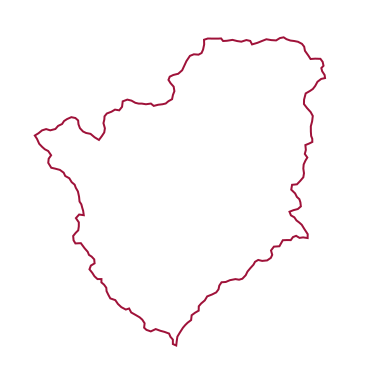 Lagoa Dourada, Minas Gerais, Brazil, rotated 82°
{"feature_id": "56859067B55237530042730", "entity_name": "Lagoa Dourada", "entity_type": "district", "adm_level": 2, "iso_a3": "BRA", "parent_name": "Brazil", "parent_adm1": "Minas Gerais", "projection": "orthographic", "projection_center": [-44.076, -20.895], "detail": "fine", "context": "isolated", "style": "outline", "palette": "rose", "viewbox_px": 384, "rotation_deg": 82, "n_neighbors": 0, "source": "geoboundaries", "source_scale": "gbopen_adm2", "svg_char_len": 3205}
<svg xmlns="http://www.w3.org/2000/svg" viewBox="0 0 384 384"><g transform="rotate(82 192 192)"><path d="M341.8,229.0L337.3,227.8L333.2,226.6L329.4,223.5L325.1,219.8L322.8,217.2L320.8,214.5L318.7,210.7L314.0,209.5L312.0,205.8L310.4,201.9L306.1,201.2L303.7,198.5L301.1,194.4L297.5,191.5L296.3,186.5L294.8,182.0L292.1,179.3L288.5,178.0L285.5,175.3L285.8,171.1L284.6,166.7L284.3,161.1L285.4,157.6L284.9,154.2L281.9,150.4L278.5,148.1L275.5,144.8L272.5,141.2L269.9,139.3L268.5,135.9L270.0,132.1L270.2,127.1L268.2,123.1L265.4,121.3L260.9,121.9L257.5,118.5L257.9,113.0L255.4,111.1L252.4,108.8L252.8,104.6L253.4,100.9L250.7,98.3L249.9,95.0L252.4,91.9L252.4,88.3L253.7,83.9L249.8,83.3L244.5,85.8L239.7,87.9L237.1,90.1L234.7,92.5L231.3,94.2L228.9,97.3L225.1,98.2L224.1,94.0L223.6,89.6L221.4,86.2L217.3,86.1L214.0,86.7L211.5,88.8L207.7,90.1L203.5,93.4L198.8,91.9L199.0,87.0L196.1,83.3L192.9,79.7L189.0,78.5L184.3,78.5L180.3,77.6L176.7,75.3L173.9,73.0L170.0,75.0L166.2,73.4L161.3,73.2L160.3,69.2L159.2,65.9L156.1,65.5L153.1,66.2L148.8,65.9L143.5,65.2L138.7,63.2L133.5,61.8L129.3,63.4L124.9,66.4L120.5,68.9L116.2,68.2L110.2,65.7L108.3,61.0L106.8,58.0L104.2,55.3L100.3,52.4L98.0,48.3L97.7,44.4L94.6,44.4L90.5,46.3L87.3,46.7L85.3,44.2L81.3,44.5L78.0,46.3L77.1,51.5L76.8,56.1L73.1,57.8L67.9,60.5L63.7,60.7L60.6,62.5L58.0,66.1L56.7,69.8L55.7,73.5L53.8,77.2L51.6,79.7L51.8,83.5L53.6,87.6L52.6,92.4L51.1,97.1L52.2,101.7L53.4,106.5L54.2,112.0L50.5,113.3L49.1,117.0L50.0,122.2L48.8,126.3L47.0,130.7L47.1,136.3L46.8,140.2L44.0,141.8L43.7,145.2L43.0,150.1L42.2,154.9L42.9,158.9L47.5,159.4L52.5,161.2L55.7,163.2L56.9,166.4L55.9,171.0L56.9,175.1L61.6,179.3L66.1,182.2L70.1,184.8L73.0,189.2L73.5,194.2L74.7,198.0L77.7,199.7L81.4,198.0L85.1,195.5L89.7,195.4L93.3,197.4L97.3,198.8L98.8,202.7L100.7,205.7L101.0,209.1L100.9,213.4L101.4,217.9L98.7,220.4L98.7,225.4L97.5,229.3L97.0,232.6L95.8,235.7L93.1,239.2L91.5,243.2L92.6,248.0L97.9,249.4L101.0,252.7L99.7,256.8L101.3,260.6L102.4,265.4L104.9,268.1L107.9,268.7L111.5,270.1L116.8,269.4L120.8,270.6L124.1,273.5L127.5,276.9L124.3,280.8L120.3,284.4L118.8,288.7L116.9,291.5L113.2,294.1L109.1,295.0L105.3,294.8L102.5,297.2L101.1,301.1L102.4,305.6L103.9,308.8L106.6,311.2L107.9,315.4L110.6,318.5L111.2,323.8L109.4,327.7L110.1,331.9L112.5,335.9L114.2,339.8L117.8,338.1L123.0,336.6L126.5,334.1L129.2,331.8L131.4,328.7L136.0,326.4L139.1,329.3L143.1,330.3L148.4,328.0L149.8,324.3L151.7,319.8L155.0,316.4L158.5,315.3L161.3,311.6L165.5,309.8L168.4,307.2L171.6,306.5L175.6,304.9L181.0,304.5L185.8,304.7L188.8,303.3L192.2,302.9L195.5,302.4L199.9,302.4L198.6,306.9L201.7,310.6L206.3,308.3L210.4,308.9L214.1,310.0L216.3,312.9L219.0,315.8L223.4,316.0L226.7,314.6L227.2,309.2L232.9,306.1L236.7,303.6L239.9,302.8L242.0,300.4L245.1,298.2L249.1,298.4L250.8,302.4L254.3,304.3L258.2,302.0L261.9,300.3L265.1,297.7L265.6,293.8L268.9,294.3L271.5,292.0L274.9,290.2L278.3,290.4L282.3,289.1L286.0,287.7L288.4,283.0L292.6,280.9L296.2,278.0L299.2,273.9L298.6,270.5L302.8,269.0L305.8,265.1L308.8,261.3L311.5,259.0L315.4,257.2L319.7,258.3L322.2,256.3L324.3,252.2L322.7,247.0L325.0,242.7L326.7,238.7L329.0,234.4L332.4,233.5L335.5,231.5L339.9,232.1L341.8,229.0Z" fill="none" stroke="#9f1239" stroke-width="2"/></g></svg>